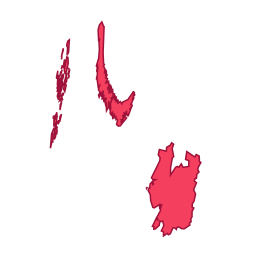 the border of Arkhangel'sk, rotated 281°
{"feature_id": "RUS-2354", "entity_name": "Arkhangel'sk", "entity_type": "Region", "adm_level": 1, "iso_a3": "RUS", "parent_name": "Russia", "parent_adm1": "", "projection": "natural_earth1", "projection_center": [52.194, 71.252], "detail": "fine", "context": "isolated", "style": "filled", "palette": "rose", "viewbox_px": 256, "rotation_deg": 281, "n_neighbors": 0, "source": "natural_earth", "source_scale": "10m", "svg_char_len": 5847}
<svg xmlns="http://www.w3.org/2000/svg" viewBox="0 0 256 256"><g transform="rotate(281 128 128)"><path d="M33.3,180.3L39.0,181.8L43.3,179.8L42.3,178.1L42.7,177.1L38.4,177.2L34.2,174.2L33.6,172.6L35.9,172.3L36.1,170.7L45.7,173.2L43.7,173.7L43.5,174.8L46.1,173.4L53.0,175.6L55.3,175.2L54.4,175.2L54.9,174.6L56.9,175.5L59.0,175.7L58.4,174.1L59.1,173.8L54.6,169.0L54.8,167.5L61.1,164.1L67.0,162.5L70.6,159.6L73.5,160.3L72.7,160.8L77.4,160.4L79.8,161.9L77.2,163.1L77.6,163.5L78.5,164.1L77.8,163.3L80.6,162.4L82.6,164.9L82.2,162.2L83.6,160.5L101.2,165.3L104.7,165.3L107.5,162.8L112.8,162.9L112.6,170.0L116.4,169.6L119.2,172.8L121.8,173.6L120.8,175.9L116.2,175.3L108.7,178.3L106.9,177.2L97.3,177.4L89.8,178.7L98.5,182.2L99.7,183.7L99.2,185.5L103.0,187.1L99.9,189.6L101.9,195.0L107.6,193.9L108.1,190.5L116.1,190.2L112.3,199.1L115.0,200.0L114.0,203.3L108.7,204.5L108.1,206.1L102.6,204.4L100.2,204.5L98.5,206.1L95.7,204.4L91.6,204.8L91.1,203.5L88.5,203.2L87.4,205.7L79.8,204.2L76.2,206.9L68.9,206.8L65.9,205.6L62.5,206.1L62.0,207.9L58.2,206.8L53.0,207.8L51.0,207.0L48.0,207.8L46.6,206.5L44.6,207.3L39.8,202.5L39.4,199.5L40.7,196.9L39.6,194.9L37.7,194.8L38.9,192.8L38.5,191.2L32.2,189.7L30.9,188.0L32.0,186.6L28.8,183.4L32.7,182.7L33.3,180.3ZM160.1,96.7L153.5,95.9L158.3,94.8L152.8,93.8L154.8,92.8L157.4,93.8L160.3,91.5L164.3,92.0L162.8,90.8L170.8,88.1L178.8,87.1L177.0,86.8L178.3,86.4L181.5,86.3L179.5,87.1L181.0,87.1L183.2,86.3L181.8,86.0L182.8,85.1L190.9,85.9L199.7,84.9L207.4,83.0L210.3,83.3L208.8,82.3L218.8,79.9L223.8,80.3L227.2,82.1L222.8,84.9L223.5,85.1L197.1,89.2L186.8,91.7L185.6,92.8L184.4,92.0L181.4,94.2L176.9,94.4L181.3,95.0L178.5,95.5L179.5,95.9L179.0,96.2L174.6,95.9L176.7,96.8L176.1,97.4L172.2,96.3L173.4,97.0L172.2,97.0L173.0,97.2L172.6,98.5L167.1,97.5L169.7,98.6L170.3,100.0L167.8,100.1L169.2,100.7L167.1,100.7L166.9,101.9L163.4,100.4L161.9,101.2L165.7,102.4L165.1,102.6L165.9,103.2L164.8,103.8L162.7,102.9L157.9,102.6L162.5,103.1L164.1,104.2L162.6,105.1L159.0,104.2L162.0,105.8L159.1,106.5L159.0,107.4L155.5,107.1L154.3,105.9L154.3,106.9L148.4,105.9L144.6,106.8L143.3,106.4L146.2,104.7L150.9,103.9L144.7,104.8L140.9,103.6L147.7,102.0L146.5,101.6L148.9,100.5L153.8,101.0L149.2,99.8L153.1,99.6L150.1,99.0L151.0,98.5L156.2,98.1L152.5,97.9L151.8,96.9L160.1,96.7ZM128.0,118.3L129.2,116.1L133.6,116.2L134.4,115.6L133.9,114.6L136.6,114.2L135.5,113.2L137.9,112.3L135.9,112.0L138.6,111.9L133.7,111.3L139.6,110.1L138.2,109.5L139.6,109.2L138.0,108.5L139.2,107.6L144.2,107.2L148.6,106.1L157.3,107.5L158.2,108.3L153.7,108.8L157.6,108.9L157.0,109.2L152.6,109.5L156.3,109.5L156.2,110.6L151.9,110.7L154.6,111.7L152.7,111.5L153.3,112.0L152.7,112.7L150.6,112.4L152.2,113.2L149.8,113.4L151.8,113.5L151.3,114.5L152.5,115.3L150.5,117.4L152.2,117.6L155.9,122.5L165.1,126.5L163.9,126.4L164.5,126.7L164.1,127.5L159.8,126.8L163.1,127.8L156.5,126.7L159.3,127.6L158.5,128.0L151.8,126.4L152.2,127.1L150.4,127.9L146.5,125.8L148.0,127.2L140.6,126.0L139.2,125.5L141.6,125.7L140.4,123.7L144.8,123.5L140.1,122.4L143.0,120.9L139.9,122.1L138.9,121.0L140.0,120.3L136.7,121.4L135.1,120.9L134.7,119.6L133.9,120.8L133.1,120.0L132.3,120.3L133.1,120.8L130.5,121.0L128.7,120.1L128.0,118.3ZM129.9,55.0L125.9,56.2L119.1,56.5L119.8,57.0L114.6,57.1L113.4,57.7L116.0,58.4L112.9,58.3L112.0,59.0L108.0,59.2L110.5,58.3L105.2,58.5L102.6,57.7L110.8,57.5L108.0,57.0L111.4,56.9L106.8,56.7L116.5,56.3L119.2,55.0L115.3,54.9L122.2,53.7L123.3,53.8L120.9,54.1L125.5,53.7L126.5,54.2L122.2,54.9L129.9,55.0ZM186.2,54.4L185.8,55.6L180.2,57.0L172.6,56.8L170.4,56.2L171.1,56.0L170.2,55.4L172.7,54.3L186.2,54.4ZM187.7,54.3L195.7,53.3L196.8,52.2L199.1,52.0L201.9,52.4L203.4,53.6L191.1,55.2L187.7,54.3ZM107.1,55.8L99.8,56.8L99.7,55.9L93.3,55.7L107.7,54.1L114.3,55.4L108.9,54.7L106.4,55.4L107.1,55.8ZM161.4,58.8L158.1,56.5L170.7,57.5L165.9,57.6L164.3,57.9L166.1,58.6L161.4,58.8ZM149.6,53.4L144.5,53.2L145.8,52.5L153.0,53.0L162.1,54.5L158.6,55.2L156.5,54.4L149.6,53.4ZM151.6,59.0L153.8,57.4L158.6,57.3L159.3,58.3L158.3,59.2L151.6,59.0ZM151.0,52.0L149.8,51.5L155.7,51.6L154.6,50.8L156.6,50.8L162.9,51.4L151.0,52.0ZM141.6,57.9L132.6,57.8L137.7,57.0L141.6,57.9ZM174.3,53.3L177.4,52.7L183.2,52.6L179.5,53.7L174.3,53.3ZM160.1,53.9L157.7,53.1L153.4,52.7L165.1,53.7L160.1,53.9ZM166.4,50.7L156.7,50.4L162.2,49.7L166.4,50.7ZM152.9,54.5L147.0,55.0L142.2,54.4L152.9,54.5ZM138.8,122.8L137.5,124.7L132.7,122.1L135.9,121.4L138.8,122.8ZM170.8,48.2L162.7,48.9L164.0,48.1L170.8,48.2ZM154.8,55.6L149.9,55.0L158.0,55.2L154.8,55.6ZM174.4,59.7L168.1,59.5L172.2,58.8L174.4,59.7ZM192.2,49.6L184.9,49.0L193.9,49.2L192.2,49.6ZM166.6,54.8L162.7,54.4L169.1,54.3L166.6,54.8ZM126.2,59.0L128.9,60.1L121.0,59.8L126.2,59.0ZM167.0,53.0L165.5,53.6L162.7,52.9L163.9,52.5L167.0,53.0ZM122.6,58.4L120.1,59.2L118.3,58.6L122.6,58.4ZM141.2,56.6L142.2,56.2L141.7,55.7L144.8,56.5L141.2,56.6ZM169.0,51.4L165.9,51.2L170.8,51.2L169.0,51.4ZM158.1,52.2L162.9,51.7L163.9,51.9L158.1,52.2ZM123.5,52.8L122.8,52.7L126.1,52.6L122.9,53.1L123.5,52.8ZM58.5,175.1L57.0,175.4L56.1,174.8L54.7,174.5L57.0,174.3L57.7,174.9L58.5,175.1ZM150.4,57.6L149.0,58.1L147.3,57.9L149.3,57.5L150.4,57.6ZM145.7,56.5L146.5,57.1L144.4,57.1L145.7,56.5ZM144.5,57.8L143.3,58.4L142.9,57.9L143.4,57.6L144.5,57.8ZM58.3,174.8L56.1,173.9L58.0,173.8L58.3,174.8ZM177.0,51.5L176.4,51.7L173.2,51.4L174.2,51.3L177.0,51.5ZM147.6,56.7L145.6,56.3L148.1,56.5L147.6,56.7ZM167.3,59.8L168.7,60.3L165.3,60.1L167.3,59.8ZM182.6,49.5L185.2,49.6L185.5,49.7L182.6,49.5ZM72.7,157.6L73.6,158.5L72.2,157.8L72.7,157.6ZM169.3,51.9L172.8,52.2L168.8,52.0L169.3,51.9ZM165.9,49.7L164.8,49.6L167.0,49.4L165.9,49.7ZM169.7,87.8L172.7,87.4L169.5,87.9L169.7,87.8ZM160.4,127.5L162.7,128.1L161.8,128.3L160.4,127.5ZM147.6,56.9L149.0,56.8L149.1,57.0L148.4,57.2L147.6,56.9ZM175.0,58.4L175.8,58.7L174.1,58.5L175.0,58.4ZM138.8,121.7L139.8,122.3L138.4,121.7L138.8,121.7Z" fill="#f43f5e" stroke="#9f1239" stroke-width="1.5"/></g></svg>